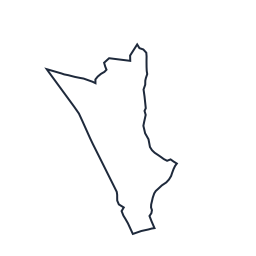 outline of Pacatuba, Ceará, Brazil, rotated 143°
{"feature_id": "56859067B42057583895645", "entity_name": "Pacatuba", "entity_type": "district", "adm_level": 2, "iso_a3": "BRA", "parent_name": "Brazil", "parent_adm1": "Ceará", "projection": "orthographic", "projection_center": [-38.602, -3.952], "detail": "fine", "context": "isolated", "style": "outline", "palette": "slate", "viewbox_px": 256, "rotation_deg": 143, "n_neighbors": 0, "source": "geoboundaries", "source_scale": "gbopen_adm2", "svg_char_len": 1234}
<svg xmlns="http://www.w3.org/2000/svg" viewBox="0 0 256 256"><g transform="rotate(143 128 128)"><path d="M157.5,223.9L157.6,220.2L158.2,177.2L158.5,169.1L160.3,160.8L164.4,142.8L165.7,136.5L168.4,121.7L175.4,83.8L176.9,81.1L178.7,78.7L180.3,76.5L181.3,72.5L179.2,67.1L183.1,65.5L184.4,60.9L184.8,56.8L185.4,52.0L187.9,40.5L183.0,38.9L179.3,37.7L172.8,34.7L169.5,33.4L167.1,32.1L165.3,39.5L163.8,44.8L160.6,45.9L158.3,48.0L157.4,50.7L155.5,53.0L153.2,54.9L150.1,57.5L146.4,60.0L143.7,61.0L140.2,61.3L135.5,61.8L130.2,61.5L126.3,62.2L122.5,63.7L119.9,65.5L116.3,67.8L113.2,69.4L110.4,70.2L111.8,73.8L112.9,77.3L116.5,78.3L118.1,81.6L119.1,84.9L120.1,87.9L121.6,92.2L122.2,95.8L121.9,99.6L118.4,106.7L117.5,113.5L116.2,116.4L114.4,120.5L111.5,123.1L106.0,127.8L104.5,131.7L101.9,133.1L95.9,143.1L92.4,149.4L88.2,152.2L85.7,155.4L83.7,157.1L80.2,159.5L78.7,162.3L76.5,165.5L73.1,170.1L70.0,174.1L68.1,177.1L68.5,181.5L70.8,184.9L70.4,189.2L82.7,184.6L85.8,180.3L101.1,195.1L107.8,194.5L109.2,190.8L110.1,187.5L113.1,187.0L116.9,187.5L121.2,187.3L124.8,186.4L127.0,183.4L128.5,186.3L133.7,194.2L136.3,197.0L139.6,200.7L142.0,203.7L143.9,206.1L146.7,209.2L148.3,211.6L157.5,223.9Z" fill="none" stroke="#1e293b" stroke-width="2"/></g></svg>